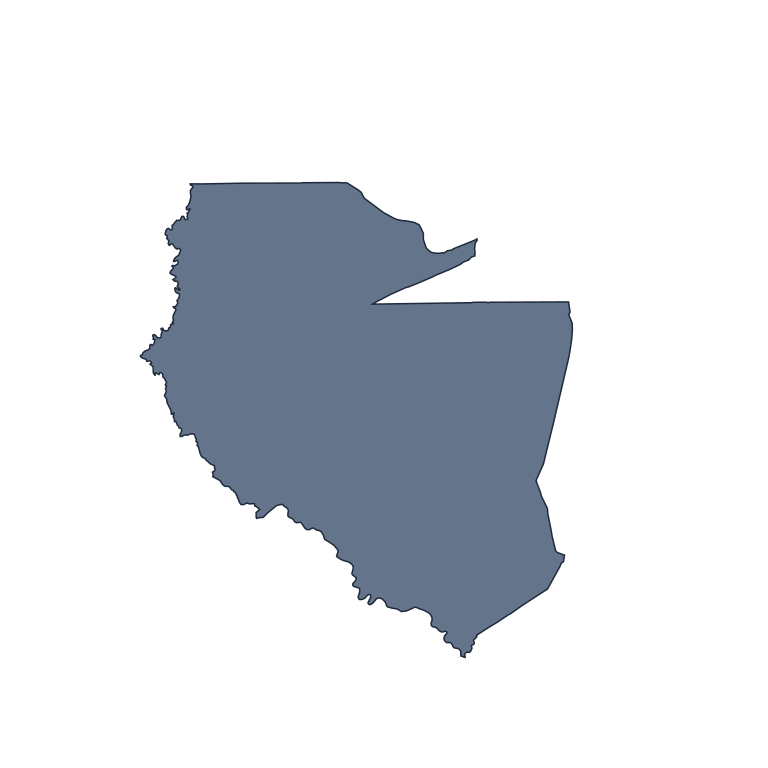 Alfredo Baquerizo Moreno, Guayas, Ecuador, rotated 237°
{"feature_id": "8360857B37279599451859", "entity_name": "Alfredo Baquerizo Moreno", "entity_type": "district", "adm_level": 2, "iso_a3": "ECU", "parent_name": "Ecuador", "parent_adm1": "Guayas", "projection": "mercator", "projection_center": [-79.533, -1.955], "detail": "fine", "context": "isolated", "style": "filled", "palette": "slate", "viewbox_px": 768, "rotation_deg": 237, "n_neighbors": 0, "source": "geoboundaries", "source_scale": "gbopen_adm2", "svg_char_len": 6171}
<svg xmlns="http://www.w3.org/2000/svg" viewBox="0 0 768 768"><g transform="rotate(237 384 384)"><path d="M657.4,330.5L656.4,330.0L654.5,331.3L653.5,331.2L652.9,330.2L651.8,327.2L649.3,325.4L646.5,324.4L642.4,320.2L640.2,316.7L640.1,315.1L639.6,314.2L638.0,313.4L637.1,313.9L636.9,316.1L636.4,316.7L635.9,316.1L635.4,314.6L634.3,313.4L634.6,311.8L633.2,311.6L632.4,311.1L631.8,310.0L629.4,309.5L629.2,308.7L630.2,306.8L633.3,307.2L634.3,306.7L634.6,305.6L632.7,302.7L632.9,301.1L634.2,299.3L633.6,297.5L633.4,296.2L632.6,294.6L632.4,292.8L631.7,292.1L629.5,291.1L628.9,290.3L629.2,289.2L631.9,288.0L632.3,287.2L631.4,284.6L629.2,282.3L628.1,281.9L626.4,282.9L625.9,282.8L624.6,281.1L621.1,281.6L619.4,279.5L617.8,279.3L616.9,279.9L617.5,281.8L616.6,282.9L611.5,283.1L609.9,283.8L609.5,286.0L606.9,286.4L603.9,282.1L603.6,277.4L602.1,274.7L601.4,274.3L600.8,274.8L600.5,277.2L600.1,278.1L598.8,277.9L597.1,276.7L597.2,274.4L596.8,273.3L598.5,271.4L598.7,270.7L598.1,270.3L596.5,270.5L595.7,270.3L594.8,266.4L594.0,265.2L593.2,265.0L592.3,265.2L587.8,268.0L586.9,267.7L586.6,267.2L586.5,263.8L584.2,264.4L583.0,266.2L582.4,266.4L579.9,266.2L579.1,264.4L578.2,263.6L574.5,264.5L574.1,263.7L574.5,263.1L578.2,261.6L578.4,261.2L577.8,260.4L576.1,259.6L574.9,259.5L573.5,259.7L571.3,261.2L570.6,261.2L569.8,260.8L568.9,260.1L567.4,257.8L566.6,255.7L564.9,255.4L563.6,254.4L562.6,251.5L563.5,249.3L562.7,249.1L560.8,250.2L559.5,249.9L556.7,245.1L554.1,242.8L551.7,241.9L551.1,240.1L550.1,240.5L549.4,240.4L549.2,239.7L549.9,238.7L550.0,237.4L547.9,235.5L548.2,233.9L546.9,232.8L546.7,231.6L547.2,230.1L548.0,229.2L549.0,228.6L551.2,228.8L551.7,228.3L551.8,227.2L551.1,226.7L549.8,227.1L548.8,226.8L547.3,224.4L544.8,222.7L544.5,221.8L545.8,219.4L549.4,218.9L550.7,218.0L551.0,216.9L550.2,216.2L548.3,215.9L547.2,214.7L546.2,215.9L545.6,215.9L543.0,212.9L542.5,210.7L544.1,210.1L544.4,209.4L543.8,208.6L541.2,206.8L541.2,204.2L541.8,202.2L541.8,200.5L541.3,198.6L540.3,197.5L540.5,195.8L540.2,194.9L539.0,194.8L537.1,195.6L534.4,197.9L532.2,197.4L531.8,197.9L531.2,199.9L530.2,200.5L529.0,200.7L528.3,200.6L528.1,198.6L525.3,199.4L523.7,199.5L519.1,196.6L516.5,196.5L516.1,196.9L517.6,197.9L517.6,198.7L514.5,200.4L515.5,201.8L515.2,202.9L513.9,203.6L512.6,203.6L510.1,202.4L507.7,202.9L503.6,202.4L502.4,200.1L501.8,200.0L500.6,200.5L499.3,198.3L496.8,197.6L495.8,196.7L494.2,194.0L493.4,193.4L489.9,193.6L486.5,191.9L477.7,190.9L474.5,189.2L474.0,190.0L474.5,191.6L474.0,192.0L471.1,189.3L468.4,189.0L466.8,187.8L466.5,187.8L465.8,188.8L465.2,189.0L462.3,188.3L460.6,188.6L458.8,188.2L457.6,189.5L456.5,189.6L454.4,188.3L452.7,185.4L451.0,184.5L450.2,185.6L450.0,188.0L449.3,190.1L448.2,191.0L447.3,195.2L445.5,197.1L444.5,197.6L441.7,196.6L440.0,196.6L438.3,195.1L436.4,195.7L435.5,195.2L434.2,193.7L432.2,194.1L425.7,191.9L423.1,191.5L421.3,191.8L419.2,193.3L417.3,193.3L411.5,194.9L407.6,197.4L406.0,196.1L404.1,195.7L403.5,194.8L403.5,192.1L401.0,191.4L399.5,189.9L393.5,193.3L391.8,193.9L387.5,193.9L385.9,194.4L384.7,195.0L383.5,197.0L381.7,198.4L378.5,198.5L376.9,199.7L375.3,199.4L374.2,200.2L373.0,200.3L371.6,199.7L370.3,199.9L368.5,199.2L366.4,199.0L363.7,198.3L360.9,198.4L360.2,199.1L359.2,200.9L359.0,204.1L356.7,205.9L354.2,210.2L351.8,209.2L351.5,209.9L346.5,211.5L345.8,206.7L341.4,204.0L340.7,203.9L339.7,206.8L337.9,210.0L339.3,216.3L340.6,228.1L338.3,233.5L336.2,233.5L333.0,235.1L330.8,235.2L329.8,234.8L327.5,232.7L325.6,231.5L323.7,232.0L321.5,233.5L320.1,234.0L316.6,234.2L315.2,235.2L313.6,238.6L312.8,239.0L305.8,239.2L303.8,240.0L302.3,242.4L302.4,244.8L301.7,246.4L298.7,247.6L295.7,250.3L294.3,250.9L290.8,250.9L286.1,249.6L280.7,252.2L275.5,254.3L270.4,254.8L268.9,254.6L268.1,253.9L265.8,250.7L265.1,250.4L264.2,250.5L260.4,252.3L258.4,253.6L253.8,257.5L251.1,258.6L249.5,258.9L247.6,258.7L246.2,257.8L242.6,253.9L241.4,253.6L236.4,255.1L235.6,254.6L234.4,252.5L233.8,249.8L233.2,248.7L232.0,248.2L230.6,248.5L226.5,251.9L225.5,251.9L224.6,251.7L222.4,249.8L219.6,246.4L218.8,246.0L216.7,246.0L215.6,247.5L214.9,250.2L214.9,251.6L215.8,254.7L215.9,256.1L215.5,257.0L214.6,257.7L213.5,257.5L212.5,256.7L209.4,251.6L208.5,251.2L207.5,251.3L206.7,251.8L206.3,253.1L206.4,255.9L208.0,260.7L207.7,262.5L206.8,263.7L205.0,265.3L200.6,266.3L196.3,265.4L195.2,265.5L191.8,268.5L188.2,272.5L183.7,274.7L181.4,279.3L179.9,288.9L176.4,291.1L172.8,294.0L168.1,296.7L166.6,297.2L164.5,297.4L161.6,296.9L160.1,296.0L157.4,292.9L155.5,292.2L154.0,292.6L151.2,295.1L146.7,296.1L145.1,296.9L144.1,298.0L143.3,300.7L142.0,301.6L141.2,301.5L140.7,300.9L140.0,298.1L138.7,296.3L137.3,295.3L135.6,295.0L133.1,295.6L131.5,298.1L130.4,299.0L128.9,299.3L126.4,298.9L124.4,299.2L121.9,302.0L120.3,302.8L118.2,302.8L115.1,300.9L113.6,300.4L113.2,301.4L110.9,302.4L110.6,303.0L111.0,303.6L113.1,304.2L114.0,305.5L113.9,307.9L112.3,309.5L112.7,311.2L114.3,313.7L117.0,314.9L117.2,315.8L116.7,317.3L116.9,317.9L117.4,318.5L120.4,319.5L121.2,323.4L122.1,324.6L122.9,324.8L122.8,341.8L122.5,348.5L122.7,363.4L122.4,364.9L123.0,379.9L123.0,409.5L135.3,432.5L137.2,435.2L137.2,437.7L142.1,442.2L148.0,437.8L149.6,437.2L151.0,437.3L163.8,441.7L172.2,445.3L185.5,450.5L190.7,453.3L204.1,454.9L207.8,456.2L218.5,458.4L220.1,459.2L220.3,459.0L230.1,474.2L234.9,479.3L235.7,479.0L235.1,479.4L259.0,504.9L305.2,553.0L310.6,558.1L319.2,565.7L326.5,571.3L332.4,574.9L341.6,576.7L341.7,577.3L343.0,579.2L352.3,583.5L395.1,517.0L395.4,515.7L396.8,514.4L403.8,503.6L404.4,501.9L457.2,417.9L457.1,422.3L455.5,438.7L452.9,455.4L452.0,457.6L449.8,468.8L447.2,484.1L447.1,486.3L444.3,501.4L442.8,512.4L443.0,517.1L441.9,522.5L442.8,526.5L441.9,530.0L444.9,532.1L448.1,533.6L450.5,535.7L452.0,536.7L454.0,540.6L455.0,541.0L455.2,538.4L459.7,515.4L459.2,514.5L461.2,509.8L461.1,506.6L464.0,500.7L467.2,496.7L469.2,495.1L473.3,493.8L475.6,493.6L483.7,495.7L488.7,499.0L494.6,499.9L498.5,500.2L502.7,497.5L505.0,495.5L509.5,490.5L510.8,488.6L515.0,484.4L517.9,482.4L528.2,476.9L549.3,469.1L551.4,468.7L557.2,469.3L561.0,468.0L572.6,462.6L573.6,461.7L575.7,458.1L577.7,455.7L597.3,425.1L597.8,423.7L629.5,374.7L651.0,340.2L657.4,330.5Z" fill="#64748b" stroke="#1e293b" stroke-width="1.5"/></g></svg>